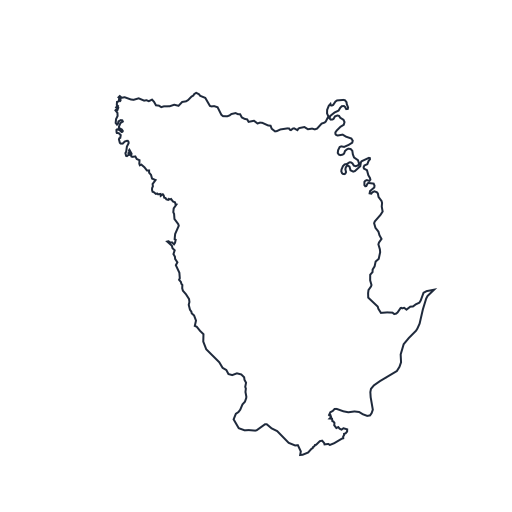 Nunchia, Casanare, Colombia, rotated 198°
{"feature_id": "7082276B17958852620007", "entity_name": "Nunchia", "entity_type": "district", "adm_level": 2, "iso_a3": "COL", "parent_name": "Colombia", "parent_adm1": "Casanare", "projection": "natural_earth1", "projection_center": [-72.075, 5.532], "detail": "fine", "context": "isolated", "style": "outline", "palette": "slate", "viewbox_px": 512, "rotation_deg": 198, "n_neighbors": 0, "source": "geoboundaries", "source_scale": "gbopen_adm2", "svg_char_len": 6110}
<svg xmlns="http://www.w3.org/2000/svg" viewBox="0 0 512 512"><g transform="rotate(198 256 256)"><path d="M76.2,279.0L82.9,275.3L85.3,272.8L85.6,264.6L86.2,262.1L89.1,259.4L91.1,256.5L93.6,255.5L96.3,251.5L99.1,252.5L100.8,251.4L101.8,251.6L102.4,251.2L103.9,246.1L104.9,244.5L106.6,243.5L108.7,244.3L113.8,242.9L119.6,240.5L123.3,243.6L124.6,245.5L136.4,251.1L137.9,255.3L138.5,258.4L137.2,262.6L137.2,264.1L139.9,268.1L141.6,273.5L140.2,276.7L140.9,279.2L140.0,282.8L140.5,287.7L138.4,291.2L139.1,298.0L140.3,300.7L143.2,304.9L143.2,306.9L141.9,311.0L145.0,313.9L147.1,317.0L151.1,319.7L153.8,323.7L153.7,325.6L150.3,333.6L149.3,337.4L151.7,341.9L152.5,345.4L153.6,347.1L157.7,350.0L159.4,353.1L160.8,354.0L163.4,354.1L165.1,352.4L165.6,350.9L167.3,350.7L167.6,353.0L164.7,357.7L165.0,359.5L166.5,361.2L171.7,360.2L172.3,359.3L172.7,356.6L173.6,356.1L174.8,356.9L175.8,360.0L175.3,361.3L174.1,362.4L171.3,362.5L170.8,363.9L171.7,365.4L174.1,367.5L177.0,371.9L180.4,372.5L181.1,373.7L180.9,375.6L178.5,377.7L178.3,381.1L177.5,383.2L178.0,384.3L179.0,384.2L184.9,378.7L185.2,377.4L184.6,373.6L188.2,367.3L189.6,366.3L192.6,366.7L194.7,369.9L196.5,370.4L197.4,369.7L198.0,368.1L197.8,366.1L196.3,363.6L196.5,362.1L197.0,361.3L198.5,360.9L199.7,361.3L201.0,362.8L201.4,364.6L201.1,368.3L200.0,370.5L198.0,371.6L196.0,374.0L194.8,374.4L192.9,373.9L190.9,372.2L188.9,372.2L186.9,373.8L186.5,375.7L188.6,378.6L193.2,380.0L195.3,382.6L196.9,385.8L199.0,387.0L201.3,386.6L202.5,385.5L203.8,383.4L203.9,380.6L204.9,379.2L206.9,378.0L208.3,378.0L209.3,378.6L210.1,379.3L210.6,382.0L210.1,385.5L208.8,386.6L205.9,387.0L202.2,390.3L199.5,393.5L199.6,395.5L201.6,397.2L207.3,397.3L211.1,398.2L215.6,395.8L217.2,395.9L218.2,396.6L218.7,398.1L218.0,400.3L215.6,405.0L213.1,407.9L213.2,410.7L214.9,412.6L218.6,413.5L220.3,414.9L222.0,414.8L224.1,413.1L224.6,410.4L225.4,409.5L227.1,408.8L228.6,409.6L228.7,412.1L225.6,416.8L222.4,419.8L221.7,423.0L220.7,425.0L218.7,425.8L217.5,425.4L215.6,423.6L214.2,424.2L214.3,425.7L216.7,428.6L217.4,430.2L219.5,431.6L221.0,431.5L227.0,429.0L228.2,427.4L229.3,423.5L230.4,422.5L231.5,422.4L232.2,423.6L233.2,421.4L233.5,417.0L232.5,413.6L230.3,411.1L231.2,405.4L232.0,404.1L234.5,402.2L237.3,396.0L239.2,394.6L242.0,394.5L245.8,392.6L249.8,393.6L254.1,391.2L255.0,390.3L255.5,388.5L259.2,389.2L260.3,388.6L261.7,386.5L262.6,386.5L264.0,387.5L265.7,387.0L271.9,383.9L274.8,381.2L276.4,380.4L280.4,381.9L282.4,384.4L284.8,383.9L291.2,384.6L293.4,384.1L295.5,382.5L299.7,384.0L304.5,381.3L306.6,383.2L309.2,382.9L312.3,383.4L314.9,385.9L316.9,385.3L319.6,385.6L323.3,383.4L324.5,381.6L326.5,380.0L330.6,378.8L332.6,379.6L338.5,385.6L342.1,385.6L344.6,384.5L346.2,384.5L353.1,390.7L358.6,391.1L360.2,392.2L363.3,392.7L364.8,390.9L365.2,389.2L366.6,387.7L368.7,383.4L370.3,381.5L373.8,379.7L376.1,374.9L380.5,374.6L384.4,371.7L389.8,369.9L392.1,368.3L394.8,369.0L397.7,368.4L400.6,371.1L403.2,372.6L405.8,370.1L408.3,370.3L410.4,369.2L416.3,369.7L420.7,366.7L423.4,366.2L430.0,366.4L432.6,365.0L435.0,366.0L435.8,364.4L433.4,363.3L432.9,362.1L433.0,361.7L434.6,362.4L434.3,360.7L435.8,359.6L435.1,356.7L433.6,356.0L433.8,355.2L434.5,355.4L434.9,354.2L433.9,354.0L433.3,354.8L432.8,354.5L432.9,352.0L434.3,352.0L434.7,351.1L432.0,349.3L430.9,346.4L431.4,343.0L430.6,339.2L428.8,338.0L428.2,339.4L428.4,341.5L426.7,343.4L425.1,343.7L424.2,342.7L426.0,340.6L426.3,336.9L426.0,335.5L422.6,334.8L421.3,333.7L421.5,332.8L422.1,332.4L424.7,333.6L427.2,333.6L427.7,332.8L426.9,330.7L426.4,330.0L424.5,330.4L422.0,329.2L421.6,326.4L422.4,325.7L422.4,324.6L420.5,321.6L419.5,321.1L417.5,321.7L416.2,324.3L414.3,325.7L413.5,325.9L412.4,325.0L412.0,323.9L412.6,320.2L411.7,315.2L412.0,313.5L410.5,311.1L409.6,311.1L408.7,312.5L407.5,313.1L407.6,313.9L409.1,314.5L408.5,315.8L409.4,317.2L409.2,317.9L406.0,314.9L405.7,312.7L405.2,312.1L404.2,312.1L401.5,313.4L399.4,311.4L396.4,311.1L395.5,307.7L394.5,306.4L393.3,307.5L389.5,305.9L386.1,303.6L384.1,304.3L383.4,302.2L380.9,300.7L378.8,297.5L375.0,297.2L376.6,292.5L375.6,290.4L375.8,288.5L375.3,286.7L374.2,285.1L372.8,285.1L370.4,284.1L369.3,284.9L368.2,284.4L366.0,285.5L365.2,283.8L363.7,285.9L362.5,285.1L361.3,283.1L360.0,283.2L358.8,282.2L356.9,282.2L356.5,283.4L355.3,283.2L354.4,284.0L351.9,282.2L349.6,282.0L348.5,280.3L347.6,280.4L349.0,275.9L348.2,272.1L346.9,270.7L345.0,266.0L339.8,262.3L338.8,260.9L339.7,252.0L338.6,246.9L337.4,246.6L337.1,243.6L337.6,241.8L340.0,243.0L341.7,242.3L343.8,243.0L344.9,242.3L339.2,239.8L337.8,237.6L335.1,236.3L335.1,232.3L332.9,230.3L332.0,228.2L328.8,225.7L329.4,222.5L323.7,216.4L321.6,211.3L321.8,209.6L319.4,208.1L318.4,206.5L317.1,205.7L316.2,202.5L314.8,200.4L310.8,198.0L306.4,194.4L305.1,191.7L304.9,188.8L302.2,184.5L300.3,183.1L299.4,181.6L296.5,180.3L293.1,176.0L292.6,170.6L290.5,170.4L285.9,167.4L281.8,165.4L279.7,158.3L274.5,151.9L258.1,143.6L253.2,139.3L249.0,138.4L245.7,135.2L241.8,135.4L237.9,138.5L233.4,138.8L229.8,137.0L228.7,134.7L226.3,132.4L225.8,128.2L224.7,126.8L224.0,123.4L221.7,119.2L221.4,117.9L221.5,114.0L223.0,110.7L223.5,104.9L224.5,102.1L226.4,99.7L226.8,93.7L219.2,86.9L212.9,86.7L209.1,88.2L202.7,89.7L201.5,90.5L195.4,98.8L193.8,99.3L187.9,96.9L181.7,96.0L167.2,88.4L160.2,87.9L157.7,89.0L153.0,84.0L152.5,80.4L150.2,81.4L145.7,85.2L143.7,89.7L142.7,90.8L142.7,91.9L141.7,93.1L141.5,94.5L140.5,95.0L138.1,99.6L136.0,100.8L133.3,99.1L132.6,98.0L129.1,99.6L127.4,99.1L123.8,102.1L117.9,108.8L116.7,109.6L117.3,111.2L116.9,112.9L117.3,114.1L116.0,115.0L115.1,117.2L115.7,119.3L119.6,119.2L121.0,117.3L123.1,117.6L124.9,118.7L126.4,117.2L129.3,119.2L129.8,121.5L131.2,122.5L132.3,122.5L133.4,124.7L135.7,124.2L134.8,126.0L136.0,127.6L136.8,127.0L137.4,127.3L137.0,130.4L135.1,132.4L134.0,134.8L132.0,135.5L124.9,135.3L119.9,135.9L114.3,138.6L109.7,139.5L105.5,138.5L100.8,138.3L98.3,139.6L97.5,142.2L97.4,145.9L103.3,157.1L105.2,161.9L105.6,165.2L103.9,169.4L99.3,175.5L86.5,190.1L85.3,194.9L85.2,199.7L88.0,207.1L88.3,217.8L85.3,225.3L80.7,234.4L80.1,236.8L79.5,242.2L80.8,256.8L81.0,268.1L80.5,271.0L76.2,279.0Z" fill="none" stroke="#1e293b" stroke-width="2"/></g></svg>